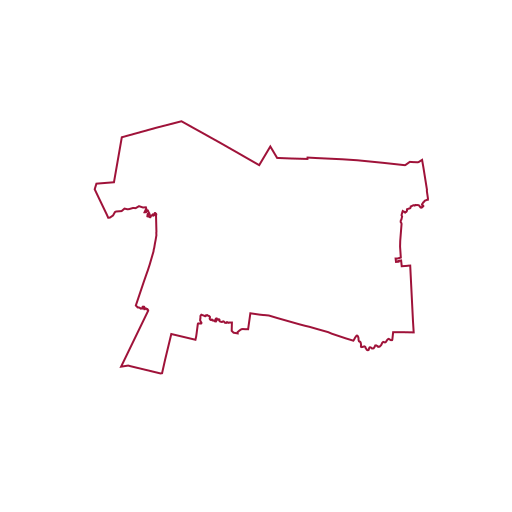 Orbeasca, Teleorman, Romania, rotated 115°
{"feature_id": "2599482B32286480268164", "entity_name": "Orbeasca", "entity_type": "district", "adm_level": 2, "iso_a3": "ROU", "parent_name": "Romania", "parent_adm1": "Teleorman", "projection": "orthographic", "projection_center": [25.351, 44.113], "detail": "fine", "context": "isolated", "style": "outline", "palette": "rose", "viewbox_px": 512, "rotation_deg": 115, "n_neighbors": 0, "source": "geoboundaries", "source_scale": "gbopen_adm2", "svg_char_len": 5879}
<svg xmlns="http://www.w3.org/2000/svg" viewBox="0 0 512 512"><g transform="rotate(115 256 256)"><path d="M257.3,430.2L257.9,431.2L263.7,430.4L270.8,421.8L281.2,409.1L283.8,406.1L282.9,404.6L279.7,402.7L275.8,402.4L274.8,401.6L272.1,396.8L268.6,395.2L268.0,392.3L267.2,390.9L264.4,387.7L263.5,385.3L260.3,383.1L259.8,378.9L258.4,376.4L259.4,375.5L263.5,375.5L263.4,375.2L262.7,374.2L262.3,374.3L262.2,374.6L261.9,374.6L261.6,374.5L261.4,374.0L260.5,373.9L260.4,373.8L260.4,373.6L260.4,373.3L260.8,372.8L261.5,372.1L261.9,371.5L262.1,371.4L262.3,371.2L262.4,370.7L262.5,370.6L263.1,370.3L263.4,370.3L263.5,370.5L263.3,371.0L263.2,371.3L263.3,371.8L263.5,371.9L264.6,371.7L265.3,371.4L265.9,371.3L266.0,371.1L265.5,370.0L265.5,369.5L265.2,369.1L265.2,368.9L265.7,368.7L265.6,368.3L265.5,368.1L265.4,368.1L264.2,368.8L263.9,368.7L263.7,368.6L263.6,368.4L263.9,368.1L263.9,367.9L263.4,367.6L263.1,367.1L262.1,367.1L261.9,367.1L261.8,366.9L262.0,366.6L262.7,366.1L262.7,365.9L262.3,365.7L262.1,365.6L261.7,365.7L261.4,366.1L261.1,365.9L260.9,365.6L260.7,365.5L260.5,365.9L259.9,365.9L259.7,365.5L260.1,365.1L259.9,364.7L260.0,364.4L260.5,364.3L260.6,363.9L260.8,363.8L261.4,363.8L261.6,363.7L276.3,356.4L277.1,356.2L277.8,355.8L279.4,355.0L284.1,353.7L287.3,352.9L291.6,351.7L293.3,351.4L295.3,350.8L296.0,350.7L308.9,348.7L315.4,347.9L315.8,347.9L326.7,346.8L351.6,344.0L352.1,342.9L352.2,342.2L352.6,341.7L352.6,341.2L352.2,340.6L352.1,339.7L352.1,339.2L352.3,338.7L352.4,338.0L351.7,337.5L351.6,337.2L351.6,336.6L351.2,336.1L350.6,336.7L350.4,337.2L350.1,337.3L349.8,337.2L349.3,336.2L349.3,335.9L349.6,335.6L350.3,335.2L350.8,335.2L351.4,334.7L351.2,334.3L350.2,334.2L350.0,333.8L350.3,333.3L350.3,333.0L350.0,332.2L350.1,331.8L350.2,331.6L350.8,331.4L350.8,330.8L351.1,330.6L413.3,331.5L409.3,325.5L408.9,323.1L407.9,318.1L402.8,292.9L401.9,291.6L388.2,294.6L362.5,299.8L357.5,275.5L354.3,276.2L351.3,277.1L342.2,280.0L341.7,280.0L341.4,279.7L341.3,279.1L340.9,278.5L340.7,277.8L340.4,277.2L340.2,277.1L339.9,277.1L339.6,277.2L339.5,277.4L338.9,278.2L338.7,278.4L338.2,279.2L338.0,279.4L336.5,280.0L336.1,280.0L333.8,281.0L333.0,280.9L332.3,280.7L332.2,279.1L332.1,278.7L332.1,277.8L332.1,277.6L332.1,276.6L331.9,276.4L331.8,276.5L331.7,276.7L331.1,276.5L330.9,276.0L330.2,275.4L330.2,275.1L330.4,274.0L330.2,273.2L330.5,272.6L330.5,272.4L330.5,272.2L331.3,271.7L332.1,271.6L332.4,271.5L332.8,271.0L333.1,270.2L333.1,269.9L333.0,269.7L332.3,269.3L332.2,269.0L332.3,268.8L332.7,268.4L332.8,268.2L332.7,267.7L332.4,267.5L332.4,267.3L332.4,266.5L332.6,265.9L332.5,265.2L332.2,264.6L331.9,264.6L331.7,264.6L331.6,264.8L331.8,265.5L331.6,265.7L331.4,265.9L330.0,265.9L329.6,265.8L329.3,265.5L329.2,265.1L329.3,265.0L330.2,264.8L330.4,264.5L330.4,264.4L330.2,264.2L329.7,264.0L329.2,263.3L329.0,262.9L329.0,262.6L329.1,262.3L329.2,262.2L329.7,262.2L329.9,262.2L330.0,262.0L330.3,261.6L330.5,261.3L330.5,260.6L330.3,259.3L330.2,259.0L329.8,258.6L329.2,258.3L329.1,258.1L329.0,257.9L329.0,257.4L329.2,256.8L329.6,256.1L329.6,255.7L329.3,254.9L329.0,254.4L328.8,254.3L328.3,254.5L328.2,254.4L328.1,254.1L328.2,253.5L328.2,252.7L328.0,252.4L327.7,252.3L326.5,249.7L334.1,246.4L335.0,243.9L333.9,239.9L332.8,240.5L330.8,239.6L329.3,238.8L328.5,238.2L327.7,237.0L327.3,235.8L325.7,232.2L310.3,236.9L307.6,227.9L306.4,224.4L305.9,223.2L304.5,219.2L303.2,210.3L299.6,188.0L298.5,181.9L297.6,177.7L296.3,169.4L294.5,158.4L294.4,154.5L292.7,139.7L291.6,132.0L290.5,131.8L288.3,131.7L286.5,131.4L285.6,131.1L285.4,130.8L285.4,130.5L285.6,129.9L286.1,129.3L287.1,128.4L288.7,127.6L289.7,126.7L289.9,126.1L289.9,125.9L289.7,125.4L289.9,125.1L290.0,124.8L290.2,124.6L291.8,123.4L292.4,123.1L293.2,122.9L293.6,122.7L294.0,122.3L294.0,122.0L293.9,121.8L293.5,121.1L293.3,121.0L293.2,120.7L292.7,120.4L292.5,120.0L292.1,119.6L292.1,119.3L292.1,119.1L292.3,118.4L293.3,117.5L293.6,116.7L294.1,116.1L294.2,115.9L294.2,115.5L294.2,115.0L293.8,114.4L293.6,114.3L293.4,114.2L291.8,114.5L290.8,114.4L290.5,114.0L290.4,113.4L290.5,112.6L290.8,112.1L290.8,111.8L290.4,111.0L290.0,110.4L288.4,110.1L286.9,110.1L286.7,110.1L286.6,109.9L286.3,109.5L286.2,109.1L286.4,108.0L286.3,107.7L286.7,107.3L286.7,107.0L286.6,106.6L286.1,105.9L285.8,105.6L284.1,105.0L283.7,104.9L281.2,104.9L280.7,104.6L280.1,104.4L280.0,103.9L279.9,103.1L279.9,102.8L279.6,102.3L278.8,101.9L277.0,101.7L276.0,101.4L275.1,100.9L275.0,100.6L275.3,98.4L275.1,97.8L274.8,97.2L274.7,97.1L274.3,97.1L273.9,97.2L267.1,99.5L263.3,91.4L258.6,80.8L248.5,86.3L199.5,112.2L200.0,113.2L201.3,115.3L203.7,119.6L198.7,122.6L199.4,123.7L199.6,123.6L200.4,124.9L201.0,124.5L202.2,126.6L199.3,128.4L198.5,126.7L196.2,124.1L186.6,129.4L181.3,131.7L165.5,137.6L164.8,138.1L164.0,139.3L162.5,139.8L161.7,139.6L158.4,140.3L157.7,141.2L156.5,141.6L155.6,141.6L154.7,141.9L153.2,142.0L153.6,139.5L153.1,139.6L153.0,139.1L152.7,138.6L152.3,138.4L151.0,138.3L150.5,138.7L149.8,138.9L149.6,138.7L149.4,138.4L148.5,137.6L147.9,136.8L147.5,136.5L147.1,136.4L146.1,136.5L145.7,136.7L144.4,135.5L143.9,135.2L143.3,134.5L143.2,134.3L143.3,133.7L143.2,133.4L142.4,133.1L142.2,132.8L142.0,131.9L141.6,131.3L141.3,130.2L141.3,129.5L141.6,129.1L141.8,128.4L142.3,127.8L142.5,127.3L142.4,126.7L142.2,126.4L141.8,126.1L141.6,126.2L141.5,126.3L141.2,126.3L141.0,126.2L140.7,125.6L140.1,125.4L139.9,125.5L139.7,125.8L139.6,126.7L139.5,127.0L139.3,127.3L139.0,127.4L138.1,127.2L136.8,127.1L136.1,126.7L135.0,126.5L134.6,126.4L133.8,125.6L133.0,125.0L132.4,124.0L132.1,124.1L131.3,124.4L125.4,128.3L124.3,128.9L123.8,129.0L105.3,141.5L98.7,146.1L101.5,147.9L102.0,148.2L102.7,149.0L104.5,153.3L105.7,156.4L110.5,159.1L110.9,159.8L117.6,179.5L126.4,204.6L131.8,218.5L141.6,242.4L145.0,250.9L146.3,250.4L152.8,265.4L158.2,278.3L150.7,289.3L172.3,291.5L168.6,335.9L165.4,380.5L182.0,400.7L205.1,427.8L249.2,415.9L257.3,430.2Z" fill="none" stroke="#9f1239" stroke-width="2"/></g></svg>